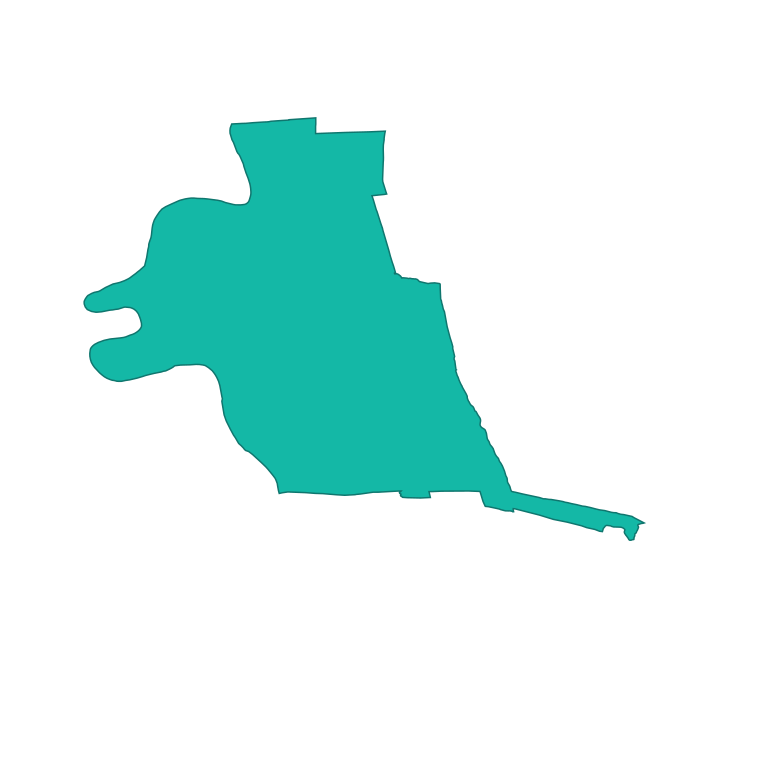 Mitoc, Botosani, Romania, rotated 223°
{"feature_id": "2599482B74445909535632", "entity_name": "Mitoc", "entity_type": "district", "adm_level": 2, "iso_a3": "ROU", "parent_name": "Romania", "parent_adm1": "Botosani", "projection": "equal_earth", "projection_center": [26.969, 48.099], "detail": "fine", "context": "isolated", "style": "filled", "palette": "teal", "viewbox_px": 768, "rotation_deg": 223, "n_neighbors": 0, "source": "geoboundaries", "source_scale": "gbopen_adm2", "svg_char_len": 6142}
<svg xmlns="http://www.w3.org/2000/svg" viewBox="0 0 768 768"><g transform="rotate(223 384 384)"><path d="M555.5,569.8L567.1,558.0L583.9,541.5L604.8,520.5L609.6,525.6L611.1,527.5L615.4,532.1L633.8,512.4L633.6,512.1L638.1,507.4L645.9,499.0L647.1,497.3L648.3,495.9L650.5,493.7L657.7,486.1L663.1,480.1L665.0,478.3L672.7,470.3L671.0,466.3L669.5,464.3L667.6,462.4L666.4,461.7L661.8,459.0L658.8,458.0L650.2,453.7L648.3,453.1L646.7,453.0L644.5,452.3L637.1,449.1L634.7,447.5L628.9,444.3L623.7,441.8L618.6,438.9L616.9,437.7L614.9,436.1L612.2,433.6L610.8,432.0L609.6,430.0L607.7,426.1L607.3,424.4L607.4,423.0L607.7,421.7L608.3,420.4L610.9,417.3L614.7,413.8L616.5,412.6L623.6,408.6L627.5,407.0L631.0,404.9L639.1,399.1L642.1,396.8L647.0,392.5L649.6,390.5L651.8,388.5L653.9,386.0L655.6,383.8L658.4,379.4L659.6,376.8L662.1,370.9L664.6,364.7L665.7,360.5L665.6,356.9L665.0,352.8L664.4,349.6L663.8,347.2L662.6,344.5L661.6,342.5L659.8,339.8L655.8,334.5L654.3,332.2L652.6,328.3L651.4,325.9L649.7,323.8L648.5,321.6L643.8,314.6L639.6,307.1L640.3,299.9L640.7,297.4L640.9,295.5L641.4,293.0L642.3,288.0L642.9,286.1L644.2,282.7L646.5,278.1L648.0,275.8L650.4,272.3L653.5,264.6L655.4,258.1L656.0,256.8L658.4,253.4L659.6,250.8L660.9,246.8L660.9,245.4L660.5,242.7L659.7,240.1L658.7,238.9L657.7,238.0L655.0,236.6L651.8,236.1L647.4,237.6L643.7,240.0L642.6,241.1L639.8,244.2L634.8,251.1L633.0,253.1L631.3,255.4L629.5,257.5L626.4,263.0L625.7,263.8L623.6,265.4L621.9,266.7L620.8,267.3L618.5,268.1L617.3,268.3L614.8,268.4L612.5,268.0L611.3,267.7L608.1,266.2L606.0,265.1L602.8,263.0L601.0,261.2L600.3,260.0L600.0,258.6L599.8,257.2L599.9,255.1L600.3,252.9L600.9,250.8L601.7,248.9L602.9,246.8L605.0,242.3L606.3,240.3L608.4,237.7L615.0,230.1L618.5,225.0L621.3,219.5L622.7,215.5L623.0,213.3L623.0,211.5L622.8,210.1L622.4,209.1L620.8,206.8L619.9,205.6L617.9,203.6L615.5,201.8L612.9,200.3L609.8,199.3L606.9,198.7L599.7,198.2L596.8,198.3L593.4,198.6L590.4,199.3L587.5,200.4L585.3,201.4L583.8,202.5L581.2,203.9L580.0,204.9L577.9,206.9L577.0,208.1L575.4,210.4L572.9,213.5L568.6,219.9L565.6,225.0L564.2,227.6L561.3,232.1L559.3,235.1L555.1,240.9L554.0,242.9L552.6,244.7L551.1,248.4L550.4,250.4L549.8,252.4L549.5,254.6L545.8,259.0L539.0,265.7L534.8,270.2L532.3,272.4L529.3,274.5L527.3,275.6L523.6,276.3L518.7,276.6L516.2,276.2L513.8,275.7L510.8,274.8L506.7,273.1L503.0,270.9L493.8,264.1L492.1,263.0L490.9,260.9L489.7,259.9L479.9,252.4L474.4,249.5L472.9,248.9L465.4,246.1L459.2,244.0L456.0,243.3L449.7,241.4L446.4,241.5L443.1,241.3L441.5,241.0L439.9,241.0L437.0,242.3L435.4,242.5L432.0,242.8L420.4,242.9L413.8,242.8L410.6,242.5L402.6,241.4L399.3,240.8L397.8,240.2L394.3,238.5L392.3,236.9L388.4,234.0L386.0,232.5L384.2,235.1L380.7,239.5L367.1,251.2L359.7,257.1L354.1,262.0L343.2,270.6L336.9,275.8L329.6,283.4L329.1,284.2L326.1,287.6L318.2,297.4L314.4,301.0L300.3,315.7L298.5,317.4L298.5,316.6L298.8,315.6L298.8,315.3L298.5,315.0L298.0,314.8L297.4,314.8L296.5,315.0L296.2,314.5L296.1,314.0L295.8,313.7L295.3,313.5L294.4,313.9L293.7,313.7L293.1,313.8L289.6,316.6L279.5,325.6L272.7,332.6L277.7,336.0L275.2,338.4L268.8,344.9L249.0,363.6L240.5,370.9L231.4,365.6L226.6,363.6L226.3,363.7L224.1,365.4L218.3,368.9L214.2,371.3L213.2,371.6L209.8,373.4L208.5,374.2L206.3,376.2L205.6,376.9L205.1,377.2L204.5,377.7L203.3,378.3L202.6,378.4L202.1,379.0L203.3,379.8L204.1,380.4L204.5,381.0L203.5,381.6L203.5,381.8L181.0,394.1L167.8,400.5L155.8,407.9L142.9,415.0L137.8,417.2L130.5,421.5L126.0,423.3L124.3,424.5L123.6,425.0L125.1,428.0L125.1,429.5L125.3,431.2L124.7,432.5L122.2,434.3L121.8,434.7L120.4,435.1L118.5,436.1L115.6,438.7L113.0,440.9L111.9,441.4L110.6,441.8L108.9,441.9L108.4,441.7L107.5,439.9L106.9,439.3L106.1,438.9L103.6,438.3L103.1,438.3L100.2,437.7L98.7,437.2L97.6,437.4L96.7,438.4L95.7,440.3L95.3,440.5L95.3,440.8L95.5,441.2L96.3,441.9L97.0,443.9L98.2,445.4L98.3,445.8L98.1,446.6L98.1,447.2L98.7,448.6L99.1,450.3L100.2,452.9L100.5,453.1L102.0,453.7L102.3,454.2L102.3,454.6L100.7,457.4L99.5,458.9L99.0,459.8L109.7,456.8L112.3,456.3L119.6,452.0L122.0,450.2L124.9,448.7L126.0,448.4L127.0,447.7L128.1,446.7L130.1,445.3L136.2,442.0L140.6,438.9L143.6,437.2L148.8,434.4L153.4,431.7L155.5,430.1L160.9,427.1L165.1,424.5L168.7,422.5L171.0,421.0L172.9,420.1L176.1,418.1L182.9,413.6L184.8,412.0L187.5,410.2L189.2,408.7L192.8,407.0L207.8,398.0L214.0,394.5L216.9,392.7L217.6,392.5L217.8,392.5L219.3,393.2L222.1,394.9L223.7,395.5L225.5,396.0L226.7,396.5L227.3,396.9L228.7,398.2L229.7,399.0L230.5,399.4L232.3,400.0L236.5,402.5L241.5,404.8L244.7,405.8L246.8,406.2L249.6,407.6L252.6,407.9L254.8,408.5L256.5,409.3L260.1,411.2L262.2,411.7L264.8,412.0L265.9,412.4L267.7,413.4L270.4,414.1L271.2,414.5L271.8,414.9L275.5,417.8L278.5,419.3L278.9,419.4L279.7,419.4L282.8,418.8L284.4,418.9L285.9,419.6L286.9,420.9L288.0,422.6L288.7,423.4L289.5,424.0L290.8,424.6L294.3,425.4L297.5,426.5L298.2,426.6L299.0,426.3L299.3,426.4L301.8,427.6L302.9,428.0L303.7,428.1L306.1,427.9L308.0,428.3L309.4,428.9L310.5,429.1L311.9,429.7L313.6,430.6L314.6,431.6L315.0,431.9L317.2,432.8L323.2,434.7L324.7,435.2L325.6,435.7L327.1,436.1L329.4,437.0L331.7,438.0L334.5,439.5L336.2,440.1L338.8,441.6L340.4,442.4L340.7,442.7L340.8,443.2L340.7,443.7L341.2,443.7L341.4,443.8L347.9,449.1L349.2,449.7L349.7,450.0L350.5,450.9L351.1,452.3L357.6,456.6L358.3,457.2L359.0,458.1L359.6,458.5L362.5,460.3L367.0,462.8L376.9,469.0L389.1,478.1L391.9,479.3L394.6,481.2L397.1,482.7L398.8,484.0L400.5,484.8L408.0,492.2L410.7,495.0L411.3,495.4L411.9,495.3L415.8,492.6L416.4,492.0L418.6,489.7L420.3,487.5L427.9,483.1L430.5,483.2L431.1,483.1L432.6,482.4L433.0,481.9L434.5,480.8L435.3,480.1L437.0,479.1L437.4,478.7L437.8,478.0L439.5,477.0L442.2,474.9L442.8,474.4L443.1,473.7L445.5,474.2L448.1,474.0L449.0,473.7L449.7,473.4L450.5,472.7L451.2,471.9L451.8,472.1L452.0,472.2L451.8,473.0L451.6,473.3L457.5,476.8L461.1,478.7L466.5,481.8L471.6,485.0L489.7,495.7L491.4,496.9L495.8,499.2L506.6,505.3L508.6,506.2L517.0,511.2L521.2,513.5L516.7,518.7L513.1,522.8L511.6,524.8L513.7,525.9L522.8,531.1L524.6,532.7L535.5,545.3L537.1,547.3L539.0,549.4L544.7,555.2L547.5,558.4L550.4,562.6L551.5,563.8L554.3,567.8L555.5,569.8Z" fill="#14b8a6" stroke="#0f766e" stroke-width="1.5"/></g></svg>